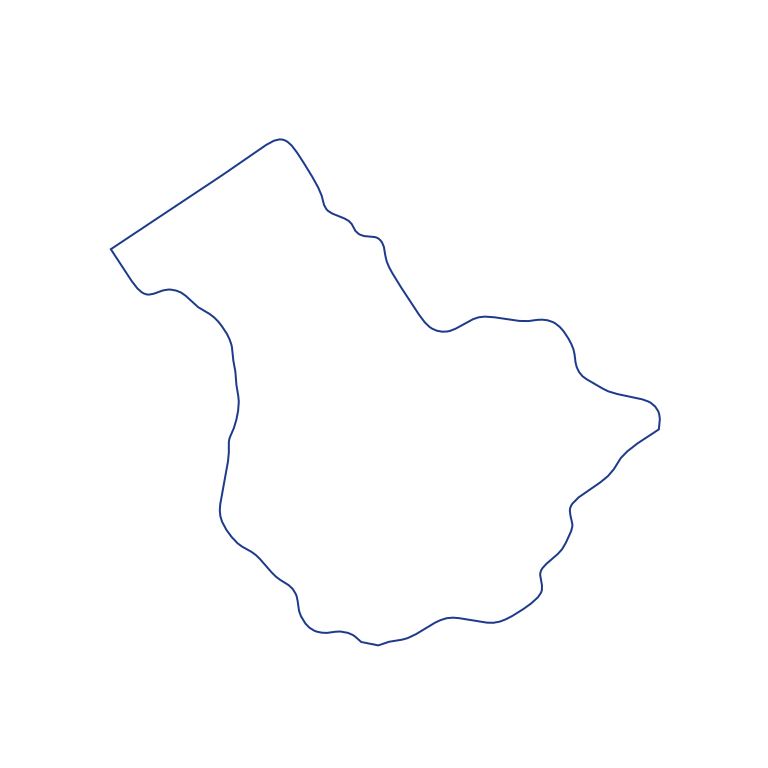 the district of Villa Tapia, Hermanas, Dominican Republic, rotated 146°
{"feature_id": "3306468B10183104109049", "entity_name": "Villa Tapia", "entity_type": "district", "adm_level": 2, "iso_a3": "DOM", "parent_name": "Dominican Republic", "parent_adm1": "Hermanas", "projection": "albers", "projection_center": [-70.39, 19.285], "detail": "fine", "context": "isolated", "style": "outline", "palette": "blue", "viewbox_px": 768, "rotation_deg": 146, "n_neighbors": 0, "source": "geoboundaries", "source_scale": "gbopen_adm2", "svg_char_len": 2458}
<svg xmlns="http://www.w3.org/2000/svg" viewBox="0 0 768 768"><g transform="rotate(146 384 384)"><path d="M547.1,182.8L534.9,170.5L524.0,167.5L511.9,161.9L506.5,160.1L497.3,158.7L475.2,157.6L469.0,156.6L463.0,154.8L457.6,151.8L452.7,147.9L432.0,128.5L426.9,124.9L421.0,122.3L414.6,120.8L408.0,120.0L394.6,119.5L384.8,119.8L375.7,121.1L370.5,123.2L368.4,124.8L365.7,128.6L361.3,138.4L359.8,140.2L357.8,141.7L355.4,142.8L350.0,144.1L335.0,145.9L328.9,147.4L321.8,150.8L311.1,157.4L307.5,160.6L306.2,162.5L302.9,170.9L300.8,175.0L299.3,176.8L297.1,178.4L294.6,179.5L285.9,181.2L259.7,181.5L249.9,182.4L241.2,184.8L229.1,190.2L220.1,192.1L207.4,193.0L181.5,192.7L174.9,200.7L172.6,205.4L171.9,208.1L171.8,213.7L173.4,219.4L174.9,222.0L178.5,226.9L196.1,245.1L202.1,252.4L205.1,257.6L213.3,274.5L215.1,279.4L215.6,284.9L214.8,290.3L213.0,295.1L209.5,301.9L207.5,307.0L206.3,312.7L205.7,318.5L205.6,327.3L206.4,333.1L208.2,338.7L209.5,341.1L212.8,345.4L216.9,348.9L221.5,351.7L228.9,355.3L236.4,360.5L255.2,377.6L262.6,383.4L268.1,386.3L273.7,387.9L293.6,389.8L299.2,391.0L301.9,392.0L306.5,394.8L310.4,398.6L313.3,403.2L314.4,406.1L315.7,412.3L316.2,421.8L315.8,454.8L315.1,471.3L314.5,477.7L313.3,483.8L311.4,489.0L307.4,497.8L306.5,502.5L306.6,504.9L307.1,507.2L308.1,509.3L309.5,511.0L317.7,517.7L320.3,521.1L321.2,523.0L322.1,526.9L321.3,534.6L322.0,538.8L324.2,543.3L331.5,554.1L333.6,558.8L334.0,561.3L333.6,565.9L330.4,574.9L328.7,583.5L327.6,596.0L326.9,612.0L326.7,624.5L327.2,633.3L328.5,638.6L329.7,641.1L331.5,643.4L333.8,645.2L339.1,647.2L347.9,648.1L400.3,647.6L535.1,648.5L535.6,610.1L535.0,601.1L533.6,595.6L532.4,593.2L530.8,591.1L528.8,589.5L524.4,587.6L514.7,585.1L510.0,582.9L507.9,581.4L504.1,577.7L501.1,573.3L499.1,568.0L495.1,551.6L489.4,539.5L487.6,534.2L486.5,528.4L486.1,522.4L486.2,513.5L487.0,507.7L488.5,502.0L489.5,499.5L495.8,487.7L500.3,477.4L506.9,465.7L511.5,455.6L514.3,450.5L519.9,443.4L526.3,437.0L533.0,431.5L541.7,425.9L543.6,424.3L545.2,422.5L551.0,413.9L556.6,407.1L586.9,376.0L590.7,371.2L593.6,365.9L595.3,360.3L596.2,351.4L595.9,342.6L594.5,333.9L592.6,328.6L587.8,319.1L585.9,313.9L584.7,308.2L582.5,290.6L581.4,285.0L579.7,279.9L575.5,270.5L574.3,265.3L574.5,259.9L575.0,257.2L576.9,252.5L581.3,243.4L582.7,237.9L583.1,229.4L582.1,223.7L579.8,218.6L578.3,216.4L574.6,212.6L570.4,209.5L563.2,206.0L558.7,203.3L553.1,197.9L550.2,193.4L549.2,190.8L547.1,182.8Z" fill="none" stroke="#1e3a8a" stroke-width="2"/></g></svg>